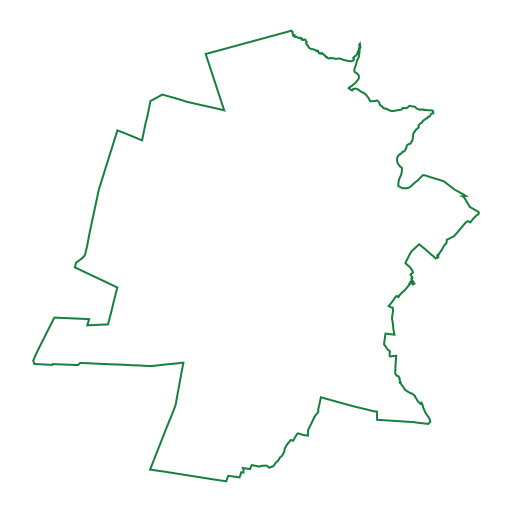 the district of Villa Hidalgo, Zacatecas, Mexico
{"feature_id": "50627088B19487455211640", "entity_name": "Villa Hidalgo", "entity_type": "district", "adm_level": 2, "iso_a3": "MEX", "parent_name": "Mexico", "parent_adm1": "Zacatecas", "projection": "robinson", "projection_center": [-101.681, 22.407], "detail": "fine", "context": "isolated", "style": "outline", "palette": "green", "viewbox_px": 512, "rotation_deg": 0, "n_neighbors": 0, "source": "geoboundaries", "source_scale": "gbopen_adm2", "svg_char_len": 5947}
<svg xmlns="http://www.w3.org/2000/svg" viewBox="0 0 512 512"><path d="M117.4,130.4L98.8,189.7L89.6,232.9L87.1,246.1L85.0,254.8L84.4,255.9L82.4,258.0L76.0,262.7L74.9,267.4L117.4,287.5L115.6,293.8L115.3,295.8L113.8,301.2L111.7,310.2L108.0,324.4L87.3,325.3L89.1,319.1L54.3,317.6L36.8,352.4L34.7,357.1L33.2,360.8L34.5,364.0L52.3,364.9L52.7,364.1L75.6,365.0L77.9,365.0L80.3,362.9L108.4,364.2L124.8,364.8L132.8,365.3L141.2,365.5L141.7,365.7L151.4,366.1L168.1,364.2L179.0,363.2L180.2,362.9L183.4,362.7L180.4,378.5L179.1,385.9L177.3,395.3L176.0,402.8L175.4,405.5L172.8,412.4L166.1,428.8L150.1,469.6L163.5,471.5L212.2,479.2L226.2,481.3L228.2,475.9L233.5,476.5L239.5,477.4L240.7,474.3L241.2,472.3L243.4,472.6L243.5,469.5L242.9,468.0L250.1,469.1L250.9,466.9L251.8,465.1L258.8,466.5L260.0,466.5L260.6,465.9L265.6,465.6L266.9,465.7L269.2,467.7L270.3,467.5L270.6,467.1L271.8,466.8L273.3,466.2L275.9,462.6L278.2,460.5L279.9,457.6L281.9,455.9L282.8,454.6L284.3,451.4L284.7,448.8L286.4,445.5L288.3,442.8L289.3,442.1L290.2,440.5L290.7,440.2L291.6,440.1L293.0,440.8L297.0,434.2L298.1,433.3L303.2,435.0L308.0,435.6L307.9,432.4L308.1,430.5L308.3,429.6L312.2,421.7L314.7,416.4L315.3,415.9L315.6,415.2L317.4,413.1L318.3,411.6L318.4,411.0L318.1,409.5L318.7,407.5L320.9,397.3L354.6,406.6L368.1,409.8L373.7,411.3L376.9,411.5L377.1,419.8L413.7,422.1L416.6,422.6L428.2,423.9L429.5,422.7L430.2,421.9L430.1,420.3L429.0,417.8L426.6,414.6L424.9,411.6L423.4,407.9L423.1,407.5L422.8,405.5L422.3,404.7L421.9,403.3L421.3,402.7L420.6,404.0L420.3,403.8L417.3,400.6L416.7,399.2L415.1,396.9L415.0,396.0L412.3,393.7L411.6,393.3L410.7,393.4L407.1,391.2L404.5,389.3L404.4,388.6L402.9,386.4L400.4,383.1L399.8,382.7L400.6,382.1L399.6,380.5L399.8,379.6L399.5,379.0L399.7,378.6L398.4,376.2L397.2,375.9L396.4,375.3L395.4,374.0L395.2,373.1L395.6,364.0L396.2,355.8L389.9,356.4L389.5,355.2L389.9,351.4L387.7,349.5L384.0,344.3L385.5,333.6L394.4,334.7L393.4,329.6L393.0,324.2L392.5,321.7L392.0,317.8L393.0,311.0L392.9,309.1L392.8,308.0L392.7,307.6L391.4,307.6L388.6,306.1L391.6,302.6L393.6,299.8L394.8,297.7L395.1,297.6L396.3,296.1L397.7,296.8L398.2,296.1L398.6,296.7L400.8,293.7L405.0,289.9L409.8,284.2L409.3,283.7L410.8,281.5L412.7,284.5L414.4,283.7L411.3,278.7L412.5,277.7L410.5,274.5L413.0,272.6L412.8,271.5L411.3,269.0L409.8,266.9L407.0,264.7L405.4,263.0L409.9,253.9L411.8,251.0L419.1,244.3L426.2,250.0L432.1,255.4L432.8,255.5L435.5,258.5L436.7,257.6L437.2,257.9L438.2,257.2L437.7,256.8L437.3,255.3L438.5,254.2L438.7,254.7L440.1,252.1L440.7,251.6L444.6,244.9L446.4,243.2L446.9,239.7L447.8,239.4L454.3,236.0L466.0,222.2L467.7,221.1L470.4,222.4L472.9,219.0L474.3,217.5L475.9,216.0L476.8,215.2L477.5,214.9L477.7,214.6L478.8,213.6L478.7,212.1L469.9,207.0L464.6,198.2L463.5,196.7L462.6,196.3L465.8,195.9L458.0,191.4L454.7,189.7L443.7,181.2L429.9,177.0L425.2,175.4L423.2,175.1L421.9,176.1L417.7,180.6L416.0,181.7L409.3,187.6L406.1,188.3L402.5,188.2L401.8,187.9L398.3,186.0L398.4,183.1L398.7,180.8L399.1,179.4L400.7,175.7L401.6,173.3L401.9,170.4L401.9,168.0L401.1,167.1L399.7,166.2L397.7,163.1L397.1,161.1L397.1,158.5L397.2,157.8L397.8,156.5L399.4,154.3L400.1,154.4L401.4,153.3L402.2,152.0L403.0,151.7L403.5,151.8L404.5,150.9L405.1,150.0L406.4,147.7L406.5,146.4L406.9,145.4L408.6,144.1L410.1,143.9L411.0,143.0L411.5,141.6L412.2,141.0L412.7,139.3L413.2,134.0L414.4,131.7L414.9,131.5L415.4,130.5L416.0,129.6L416.9,129.1L417.6,128.2L418.6,127.6L418.7,127.0L418.6,125.3L420.5,123.4L421.7,122.9L422.2,121.7L424.2,119.9L425.2,119.4L425.6,118.8L426.3,118.4L427.3,118.3L427.5,118.0L427.6,117.3L427.8,116.9L428.2,116.7L429.1,116.7L429.9,116.2L430.9,114.3L431.3,113.8L431.6,113.6L432.2,113.6L433.0,113.0L433.3,113.1L433.1,111.1L432.0,110.4L424.8,110.0L423.6,109.4L422.9,109.9L421.3,109.4L419.7,109.8L416.6,108.5L415.0,106.8L414.0,106.6L412.0,106.4L410.5,106.0L409.5,105.9L408.7,106.3L408.1,107.2L407.1,107.8L405.5,108.2L402.8,108.0L402.3,108.9L401.4,109.6L398.1,110.3L396.8,110.2L394.3,111.0L393.2,110.8L391.9,111.1L390.5,110.8L388.9,109.9L387.9,109.9L386.2,108.5L385.0,108.7L383.0,107.8L381.7,105.9L380.7,105.7L379.7,104.3L379.3,102.7L377.9,101.1L376.9,100.4L375.0,101.0L370.7,101.3L370.1,101.2L369.9,100.7L369.6,99.9L368.9,98.6L366.2,94.9L365.1,94.2L364.2,93.2L361.5,91.9L357.2,89.0L355.7,88.6L353.2,89.0L352.1,90.5L348.6,88.2L349.0,87.5L351.3,86.3L355.6,82.7L357.3,80.6L358.3,79.2L358.9,77.9L358.9,76.5L358.7,75.6L358.2,74.8L357.1,73.5L356.0,72.6L355.0,72.3L354.6,71.9L354.4,71.1L354.3,70.0L354.6,68.5L355.9,65.0L357.2,59.9L358.1,58.7L358.4,57.8L358.9,57.0L359.6,51.1L359.4,49.9L359.6,49.2L360.3,47.6L360.4,47.1L359.9,43.8L359.1,44.9L359.6,45.3L359.8,45.7L359.6,46.2L359.7,46.6L359.4,47.1L359.5,47.7L358.9,48.6L359.2,49.1L358.8,50.1L359.1,50.5L358.6,51.1L358.1,51.2L358.0,52.3L357.4,52.8L357.5,53.6L357.0,54.1L356.3,55.5L354.8,56.3L353.8,57.3L353.2,58.1L353.9,58.9L353.9,59.8L353.3,60.6L351.3,61.2L348.9,61.1L343.2,59.8L341.4,59.0L338.7,58.4L336.0,59.0L334.9,58.8L333.8,58.2L332.3,58.2L331.8,58.4L331.2,58.3L330.9,58.0L330.3,57.9L330.0,57.9L329.6,58.3L328.5,58.4L327.9,58.2L327.3,57.3L327.1,57.2L326.8,57.5L326.1,56.9L326.1,57.1L325.6,56.9L325.1,55.6L323.7,54.7L323.6,54.3L322.5,54.0L322.5,53.6L322.2,53.2L321.9,53.4L321.7,53.7L321.3,53.7L321.0,53.2L320.8,53.0L319.8,53.5L319.2,53.4L318.6,52.6L318.3,51.4L318.0,50.7L317.6,50.6L317.1,51.3L316.9,51.3L316.6,51.2L315.9,50.4L314.3,49.6L310.4,48.7L309.5,48.1L308.5,47.0L308.0,45.7L307.7,45.3L307.1,45.2L306.6,44.4L306.1,42.9L306.2,42.6L306.6,42.3L306.7,41.7L306.1,41.2L305.3,40.0L305.3,39.5L304.7,39.5L303.2,40.0L302.5,40.0L302.0,39.8L301.9,39.7L302.2,39.6L302.3,39.0L301.7,38.4L301.1,38.1L300.0,37.7L298.9,38.2L298.6,38.2L298.1,37.9L296.9,36.8L295.2,37.0L294.5,35.1L294.2,35.2L294.0,35.8L293.7,36.1L293.4,36.0L292.6,34.1L292.7,32.1L291.8,31.4L291.5,30.7L205.7,54.0L224.2,110.4L220.5,109.4L186.7,101.8L180.5,99.7L162.3,94.6L150.4,101.1L148.2,112.4L146.9,118.4L145.6,123.0L142.1,140.4L124.5,133.1L117.4,130.4Z" fill="none" stroke="#15803d" stroke-width="2"/></svg>